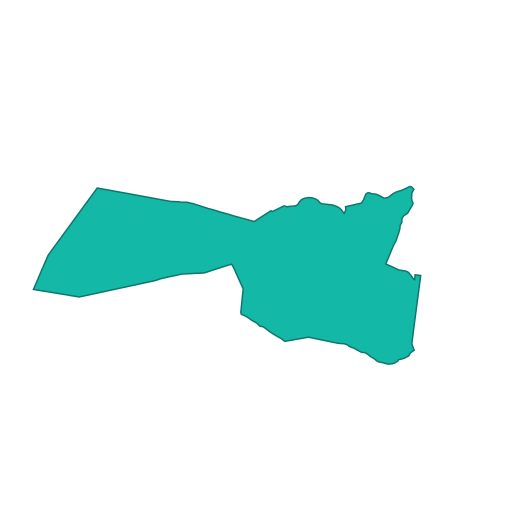 San Pedro Ixtlahuaca, Oaxaca, Mexico (Natural Earth projection), rotated 28°
{"feature_id": "50627088B44987395526438", "entity_name": "San Pedro Ixtlahuaca", "entity_type": "district", "adm_level": 2, "iso_a3": "MEX", "parent_name": "Mexico", "parent_adm1": "Oaxaca", "projection": "natural_earth1", "projection_center": [-96.815, 17.054], "detail": "fine", "context": "isolated", "style": "filled", "palette": "teal", "viewbox_px": 512, "rotation_deg": 28, "n_neighbors": 0, "source": "geoboundaries", "source_scale": "gbopen_adm2", "svg_char_len": 2937}
<svg xmlns="http://www.w3.org/2000/svg" viewBox="0 0 512 512"><g transform="rotate(28 256 256)"><path d="M340.3,303.1L369.7,294.5L374.1,292.5L375.7,291.9L378.9,291.5L380.4,292.1L383.2,291.8L386.2,291.4L389.0,291.5L391.8,291.5L394.5,291.5L397.8,290.1L400.7,290.3L404.1,291.0L406.3,291.1L408.9,291.2L411.6,291.9L414.2,291.9L418.3,290.6L420.4,290.3L423.4,289.4L425.7,288.0L427.1,287.0L428.7,285.4L429.4,284.1L430.5,282.4L430.6,280.6L433.2,278.4L435.1,276.4L437.7,272.6L437.7,269.8L438.3,268.0L439.1,266.4L439.9,264.9L439.2,264.3L434.8,260.4L427.3,240.6L410.6,195.9L405.3,197.9L407.2,202.4L406.0,202.5L403.0,200.9L398.4,198.9L395.7,198.9L392.0,200.1L388.6,201.3L381.0,201.6L374.3,202.1L373.6,194.2L373.3,190.9L372.8,186.5L372.5,182.7L372.4,180.5L372.5,177.5L372.2,175.0L371.7,172.4L371.4,169.6L370.2,164.3L368.9,161.3L369.0,157.9L367.5,155.0L367.3,154.0L367.4,152.0L367.7,150.9L369.8,147.0L370.0,142.1L370.1,137.1L369.9,135.6L367.4,133.7L366.7,132.5L365.9,131.3L365.4,130.1L365.2,129.6L364.2,127.8L364.0,125.3L364.1,123.0L361.0,122.0L359.3,122.3L356.7,125.8L353.9,129.4L352.2,131.2L349.5,134.0L347.9,136.4L346.4,139.6L345.4,141.9L342.4,144.7L340.0,144.8L337.0,144.7L332.8,145.1L328.9,146.8L326.2,147.0L324.8,148.0L323.9,150.1L324.1,151.3L324.2,153.2L324.6,155.6L324.4,158.6L324.2,159.8L311.9,170.5L313.7,173.0L313.8,177.1L312.6,176.6L310.0,175.2L306.9,174.4L303.8,174.4L299.7,175.0L298.1,175.6L294.8,176.9L289.9,178.9L288.0,179.1L287.1,178.8L285.6,178.2L284.5,177.8L281.9,177.7L278.7,178.2L277.2,178.8L275.9,179.3L275.1,179.6L274.7,179.9L274.6,180.0L273.8,180.7L273.4,181.0L273.0,181.2L272.2,181.9L271.6,182.4L270.7,183.5L270.3,184.1L270.0,184.5L269.7,185.0L269.2,186.8L268.9,188.1L268.8,189.3L268.8,190.5L268.7,191.3L267.9,192.3L267.1,193.3L265.8,194.2L263.0,196.0L261.4,197.1L261.0,197.4L260.4,197.9L257.2,198.6L257.0,198.9L249.5,209.2L248.3,208.9L247.9,209.1L238.2,226.4L233.4,227.5L227.3,228.8L226.7,229.0L224.8,229.4L217.2,231.1L213.1,231.9L211.9,232.1L204.0,233.9L200.0,234.6L195.8,235.5L193.5,236.0L191.8,236.5L189.7,236.8L175.4,239.4L174.1,239.8L169.7,241.0L169.1,241.3L164.6,243.7L162.5,244.3L160.9,245.1L158.5,246.2L155.0,247.9L113.3,261.1L83.9,270.5L77.0,318.5L72.1,352.8L73.6,371.4L75.2,390.0L119.1,375.2L179.0,324.6L181.7,321.6L186.1,317.7L199.2,306.6L207.2,301.9L209.4,300.5L215.0,297.2L218.4,295.1L221.4,292.0L222.9,290.4L234.3,278.6L235.3,277.6L238.3,274.7L241.2,276.4L252.8,285.4L260.1,291.0L261.1,293.5L263.3,298.9L266.2,305.9L267.0,307.9L269.1,313.0L270.5,314.4L273.7,313.9L278.6,314.2L279.8,314.4L282.6,314.8L282.8,314.8L288.2,314.9L291.5,315.9L292.2,316.2L293.8,315.7L295.7,315.1L298.9,315.6L299.9,315.8L304.6,316.5L310.1,316.9L313.2,317.0L315.6,317.0L316.2,317.0L316.8,317.1L318.1,317.3L319.4,317.5L319.5,317.5L320.4,317.7L321.5,317.8L323.8,316.0L324.5,315.5L325.8,314.5L327.4,313.3L328.3,312.6L330.4,310.8L330.9,310.5L332.8,309.0L334.4,307.8L340.3,303.1Z" fill="#14b8a6" stroke="#0f766e" stroke-width="1.5"/></g></svg>